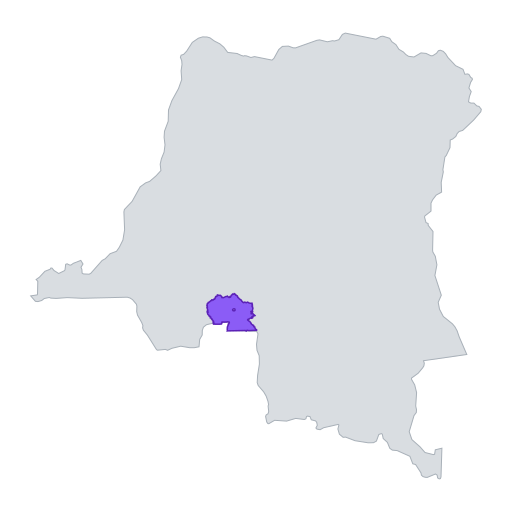 Kamonia, Kasaï-Occidental, Democratic Republic of the Congo shown in context
{"feature_id": "63176286B40120828568077", "entity_name": "Kamonia", "entity_type": "district", "adm_level": 2, "iso_a3": "COD", "parent_name": "Democratic Republic of the Congo", "parent_adm1": "Kasaï-Occidental", "projection": "orthographic", "projection_center": [20.742, -6.517], "detail": "fine", "context": "in_parent", "style": "filled", "palette": "violet", "viewbox_px": 512, "rotation_deg": 0, "n_neighbors": 0, "source": "geoboundaries", "source_scale": "gbopen_adm2", "svg_char_len": 8870}
<svg xmlns="http://www.w3.org/2000/svg" viewBox="0 0 512 512"><path d="M466.8,354.5L423.5,360.7L424.3,363.2L423.9,365.8L422.7,367.8L418.2,373.2L411.5,378.1L411.5,379.3L414.7,384.9L416.6,392.6L415.7,406.0L416.5,409.7L416.3,412.5L414.0,415.6L409.2,431.7L411.9,439.6L420.2,447.0L425.0,452.5L433.3,454.6L434.6,454.3L435.3,449.8L441.9,448.2L441.0,476.9L440.4,478.6L439.2,478.9L437.6,477.9L437.2,475.2L435.5,474.0L427.3,477.4L425.3,477.3L423.0,476.6L421.4,475.1L421.0,472.9L415.6,464.5L412.8,463.8L409.9,456.3L397.2,450.6L392.3,450.1L389.8,448.3L387.4,442.4L383.2,438.5L382.3,434.2L381.4,433.6L378.8,434.5L376.4,441.1L373.5,442.7L368.2,442.8L355.0,440.7L345.6,437.1L343.1,437.3L339.4,434.2L337.9,429.0L338.9,425.0L338.2,424.4L323.7,427.7L320.1,429.7L316.9,429.1L315.9,428.0L317.3,425.3L316.7,422.3L315.6,420.9L311.3,419.8L310.0,416.6L307.4,416.1L306.5,416.6L305.9,418.8L304.3,419.5L295.7,418.4L286.6,421.1L274.6,420.3L268.8,423.7L267.9,423.6L266.7,421.9L265.6,416.4L266.2,414.9L268.0,413.8L268.7,411.6L268.1,406.0L268.6,404.6L268.0,401.4L266.2,396.2L263.7,391.9L258.2,385.5L257.2,382.6L257.6,375.4L259.4,364.1L259.2,355.7L257.0,350.3L256.5,344.4L258.0,333.8L256.6,331.3L228.9,330.4L227.7,329.6L227.2,328.1L228.5,321.9L211.6,323.5L206.5,324.7L203.4,327.2L202.3,330.5L202.2,335.0L199.7,339.4L199.0,346.8L194.3,347.7L189.7,347.7L180.7,346.2L171.9,348.3L167.6,350.3L165.4,349.4L157.5,350.2L156.5,349.6L147.4,335.1L143.4,330.2L142.6,327.8L142.9,325.6L141.7,322.5L137.5,315.1L136.7,311.6L136.9,306.1L136.4,304.2L132.5,299.6L130.0,298.0L127.3,297.2L82.1,298.3L67.2,297.6L56.3,298.4L50.8,298.1L49.3,297.5L44.3,298.5L41.7,300.5L37.9,301.6L35.4,301.3L30.7,295.9L37.1,294.9L37.5,294.3L37.8,281.3L36.1,279.5L39.4,277.2L44.9,271.3L50.2,269.2L50.9,268.0L52.0,268.1L54.0,270.5L58.7,273.5L64.4,270.7L65.0,269.9L65.7,264.3L67.1,263.8L69.6,265.0L71.0,265.0L73.4,263.3L80.8,260.4L83.0,264.0L81.0,267.2L81.9,269.5L82.1,273.1L83.3,273.9L89.1,274.2L90.8,273.3L102.2,260.4L105.2,258.8L110.1,253.7L116.5,251.3L119.3,247.3L122.9,240.1L124.6,229.8L123.9,211.9L124.4,209.5L132.1,201.4L140.2,186.8L145.6,182.9L149.6,181.4L155.9,176.0L160.9,170.6L160.2,164.2L161.4,158.8L164.1,152.1L165.0,144.9L164.1,137.3L164.5,131.2L168.2,121.3L168.5,110.0L171.9,100.6L178.5,88.6L181.7,79.6L181.1,70.8L182.0,64.4L181.7,60.6L180.4,57.3L181.1,55.2L183.6,54.4L186.7,51.1L192.3,42.4L198.4,38.2L202.6,36.9L207.0,37.0L209.9,37.8L214.5,41.1L219.8,43.8L223.8,47.2L227.7,52.4L237.1,53.5L241.2,55.4L243.6,56.1L244.5,55.7L246.5,55.9L250.9,57.5L254.5,56.6L272.0,60.1L273.9,58.4L278.8,49.5L282.4,46.4L288.4,46.1L293.1,47.8L295.5,47.9L316.9,40.3L319.6,39.9L327.4,41.8L332.5,40.7L334.5,41.0L338.9,39.7L342.4,34.4L345.3,33.1L376.0,39.2L380.7,36.5L382.9,36.2L389.7,38.3L391.8,41.7L395.9,44.6L398.9,49.3L403.4,52.0L405.8,54.5L408.5,56.3L414.0,57.0L421.0,52.9L426.0,53.4L431.0,55.8L432.7,55.7L436.5,53.3L438.4,50.7L440.3,50.2L443.3,51.4L445.7,53.9L447.9,57.5L455.6,65.7L463.0,69.3L464.9,74.3L467.5,73.9L468.9,74.4L470.8,77.5L472.1,78.2L472.4,79.5L470.6,82.4L468.9,88.0L471.2,91.6L469.4,96.6L468.5,101.8L470.8,103.1L473.9,103.1L476.8,105.9L479.0,106.4L481.3,109.3L480.8,111.7L473.6,120.1L462.7,130.4L459.1,131.5L457.2,133.5L455.8,136.5L452.7,139.0L450.2,140.0L450.0,147.6L446.3,155.4L444.9,157.0L442.9,169.7L443.3,171.9L441.2,182.4L441.6,192.1L436.2,195.1L432.6,199.8L431.0,203.1L431.0,211.1L424.9,215.9L424.5,217.0L426.0,222.6L428.1,223.5L428.2,225.4L433.0,231.5L432.6,250.1L432.8,251.9L435.3,256.3L436.9,264.8L434.9,275.5L441.3,295.2L438.2,302.3L439.5,309.2L443.3,316.5L452.4,323.8L454.9,326.8L457.1,330.8L459.2,336.9L466.8,354.5Z" fill="#d9dde1" stroke="#a8b0b8" stroke-width="1"/><path d="M207.1,308.0L207.3,308.3L207.3,308.7L207.5,309.2L207.5,309.3L207.6,309.6L207.8,310.0L207.8,310.3L207.5,310.5L207.7,310.8L207.8,311.3L207.6,311.5L207.8,311.8L207.5,311.8L207.6,312.2L207.6,312.3L207.4,312.3L207.6,312.6L207.4,312.8L207.5,313.0L207.6,313.3L207.6,313.6L207.6,313.8L208.0,314.5L208.4,314.9L208.7,315.0L209.0,315.6L209.1,315.8L209.3,315.9L209.5,316.0L209.4,316.2L209.7,316.3L209.9,316.6L210.1,316.6L210.1,316.8L210.1,317.0L210.4,317.2L210.4,317.5L210.6,317.4L210.6,317.5L210.9,318.0L211.0,318.2L211.1,318.4L211.3,318.4L211.6,318.7L211.6,318.9L211.8,318.9L211.8,319.1L211.9,319.4L212.1,319.4L212.2,319.5L212.3,320.0L212.6,320.2L212.9,320.4L213.0,320.7L213.0,321.2L213.2,321.4L213.2,321.5L213.4,321.5L213.4,322.0L213.4,322.3L213.6,322.3L213.5,322.7L213.7,322.9L213.6,323.0L213.7,323.3L213.8,323.4L213.6,323.4L213.8,323.6L213.5,323.7L213.4,323.9L213.5,324.1L216.1,324.2L219.6,324.2L221.5,324.0L221.6,323.9L221.7,323.7L221.7,323.4L221.8,323.2L221.9,322.8L222.0,322.7L221.9,322.6L221.9,322.3L222.0,322.3L222.0,322.1L222.8,322.0L224.7,322.1L225.8,322.0L226.2,322.1L226.4,322.0L227.1,321.9L227.4,321.8L228.9,322.0L229.2,322.1L229.2,322.3L229.3,322.5L229.2,322.7L229.2,322.8L229.1,323.0L229.0,323.4L228.9,323.7L228.7,323.7L228.5,323.9L228.4,324.2L228.3,324.5L228.2,325.0L228.1,325.4L227.9,325.9L227.5,326.5L227.4,327.1L227.3,328.3L227.4,328.7L227.2,329.2L227.4,330.7L227.3,330.9L245.2,330.5L245.4,330.7L245.5,330.6L246.0,330.7L246.2,330.8L246.2,330.7L246.4,330.7L246.8,330.4L247.1,330.4L247.3,330.3L247.7,330.5L249.6,330.6L253.1,330.4L256.6,330.3L256.7,330.0L256.6,329.8L256.5,329.6L256.0,329.6L255.7,329.2L255.2,328.5L255.0,327.9L254.8,327.4L254.7,327.0L254.4,327.1L254.2,327.0L254.0,326.7L253.8,326.6L253.8,325.9L253.7,325.6L253.6,325.4L253.1,325.1L252.8,325.0L252.7,325.1L252.5,324.8L252.1,324.6L251.2,323.8L251.2,323.4L250.9,323.3L250.8,323.1L250.7,322.7L250.4,322.3L250.2,322.1L250.1,321.9L249.9,321.7L249.7,321.4L248.8,321.0L248.5,320.5L248.3,320.5L248.0,320.2L248.0,319.9L247.7,320.0L247.6,319.9L247.7,319.6L247.9,319.5L248.0,319.5L248.1,319.3L248.2,319.2L248.6,319.3L248.8,319.1L249.0,319.2L249.3,318.8L249.5,318.7L250.5,318.1L250.9,318.0L251.1,318.1L251.2,317.9L251.4,317.9L251.7,318.0L251.9,318.2L252.3,318.0L252.5,317.7L252.4,317.6L251.9,317.0L251.9,316.9L252.2,316.9L252.8,317.3L252.9,317.0L252.6,316.4L252.6,316.2L253.4,316.1L254.0,315.8L254.8,315.8L255.0,315.6L254.7,315.4L254.5,315.1L254.2,315.0L254.1,314.8L253.6,314.7L253.4,314.5L253.4,314.3L253.2,314.2L252.9,313.6L252.7,313.3L252.7,313.2L252.5,312.8L252.3,313.1L252.0,313.3L251.7,313.7L251.3,313.8L251.1,313.7L251.2,313.4L251.2,313.0L251.6,312.6L251.6,312.3L251.1,312.1L250.9,311.5L251.0,311.4L252.0,311.3L252.5,311.2L252.3,310.9L252.3,310.7L252.4,310.4L252.5,310.1L252.6,309.8L252.6,309.7L252.6,309.4L252.9,308.5L252.8,308.1L252.7,307.7L252.7,307.4L252.4,307.1L252.4,306.9L252.3,306.7L252.4,306.4L252.2,306.2L252.3,306.1L252.1,306.0L252.1,305.9L252.2,305.3L252.3,305.1L252.2,304.8L252.1,304.7L252.3,304.4L252.1,304.2L252.1,303.3L251.9,303.3L251.7,303.3L251.5,303.2L250.6,303.3L249.0,303.0L248.6,302.7L248.2,302.4L247.7,302.2L247.4,302.1L246.5,302.7L246.0,302.7L245.6,302.4L244.7,302.1L244.3,302.4L244.2,302.4L243.7,302.7L243.2,302.5L243.0,302.3L242.9,302.3L242.8,302.1L242.7,302.1L242.4,301.8L242.3,301.7L242.1,301.4L241.8,301.3L241.7,301.1L241.6,300.7L241.4,300.5L241.3,300.2L241.2,300.0L240.9,299.9L240.6,299.8L240.4,299.7L240.0,299.2L239.5,299.0L239.1,298.6L238.9,298.3L238.7,298.0L238.0,297.6L237.8,297.4L237.6,296.9L237.7,296.7L237.3,295.9L237.0,295.7L236.4,295.6L236.2,295.5L236.1,295.3L235.8,295.2L235.8,294.9L235.6,294.8L235.6,294.6L235.2,294.5L235.1,294.2L234.8,293.9L234.7,293.9L234.4,293.7L234.2,293.6L233.9,294.1L233.6,294.2L233.4,294.2L233.1,294.3L232.7,294.0L232.4,294.2L232.2,294.7L231.7,295.0L231.3,295.3L231.2,295.8L230.9,296.2L230.6,296.3L230.2,296.8L229.9,296.6L229.7,296.8L229.8,297.0L229.7,297.2L229.3,297.3L229.5,297.4L229.1,297.5L228.8,297.2L228.5,297.1L228.3,296.9L227.9,296.7L227.3,296.5L227.3,296.2L226.0,296.6L225.5,296.6L224.4,297.3L224.0,297.4L223.8,297.5L223.6,297.6L222.9,297.7L222.2,297.4L221.9,297.5L221.8,297.3L221.8,296.7L220.5,295.4L220.3,295.3L220.1,295.3L218.6,295.4L218.4,295.3L218.2,295.1L217.4,294.9L217.2,295.1L217.1,295.6L217.1,296.0L216.8,296.2L216.6,296.4L216.3,296.5L216.0,296.6L215.8,296.5L215.7,296.6L215.7,296.8L215.5,297.3L215.3,297.4L215.3,297.8L215.1,298.0L215.0,298.5L214.7,298.7L214.6,299.1L214.3,299.1L214.2,299.3L213.9,299.3L213.7,299.3L213.5,299.7L213.4,299.9L212.8,299.8L212.6,299.9L212.3,299.9L212.1,300.2L211.8,299.9L211.7,299.9L211.7,300.2L211.4,300.5L211.0,300.8L210.6,300.8L210.4,301.1L210.1,301.3L209.8,301.7L209.5,301.8L209.4,302.0L209.1,302.1L208.9,302.3L208.5,302.4L208.4,302.4L208.3,302.9L208.0,303.0L207.8,303.3L207.5,303.4L207.3,303.8L207.2,304.0L207.3,304.3L207.1,304.6L207.1,305.0L206.9,305.3L207.3,305.7L207.3,306.1L207.1,306.4L207.1,306.5L207.3,306.8L207.3,307.0L207.1,307.0L207.1,307.3L207.0,307.5L207.3,307.8L207.1,308.0ZM234.1,310.8L233.3,310.8L233.0,310.6L232.7,310.2L232.6,309.8L232.8,309.4L233.0,309.2L233.4,309.0L233.7,308.8L234.0,308.8L234.3,308.8L234.9,309.1L235.0,309.6L235.0,309.8L235.0,310.3L234.8,310.6L234.7,310.7L234.1,310.8Z" fill="#8b5cf6" stroke="#5b21b6" stroke-width="1.5"/></svg>